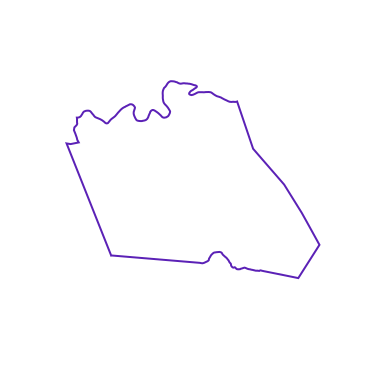 Beausejour, Vieux Fort, Saint Lucia, rotated 127°
{"feature_id": "8701671B75449277915828", "entity_name": "Beausejour", "entity_type": "district", "adm_level": 2, "iso_a3": "LCA", "parent_name": "Saint Lucia", "parent_adm1": "Vieux Fort", "projection": "robinson", "projection_center": [-60.956, 13.753], "detail": "fine", "context": "isolated", "style": "outline", "palette": "violet", "viewbox_px": 384, "rotation_deg": 127, "n_neighbors": 0, "source": "geoboundaries", "source_scale": "gbopen_adm2", "svg_char_len": 5777}
<svg xmlns="http://www.w3.org/2000/svg" viewBox="0 0 384 384"><g transform="rotate(127 192 192)"><path d="M228.7,321.4L291.4,218.3L291.2,218.2L243.8,143.0L243.5,142.3L243.2,141.7L242.7,140.9L242.5,140.6L242.2,140.4L241.6,139.9L241.2,139.7L240.8,139.4L240.1,139.1L239.0,138.5L238.6,138.3L237.9,137.9L237.1,137.7L236.4,137.6L235.8,137.9L234.9,138.3L233.8,138.4L232.7,138.5L231.4,138.7L230.4,138.7L229.3,138.5L228.6,138.4L228.3,138.3L227.7,138.2L227.3,138.0L226.8,137.6L226.4,137.3L226.0,136.8L225.6,136.5L224.8,135.6L223.7,134.4L223.4,134.1L223.1,133.5L222.9,133.0L222.7,132.3L222.7,131.9L222.8,131.3L222.9,131.1L223.1,130.7L223.3,130.3L223.4,130.1L223.4,129.9L223.5,129.4L223.6,129.1L223.6,128.3L223.7,127.8L223.7,127.3L223.8,126.7L223.8,126.2L223.8,125.8L223.8,125.3L223.9,125.0L223.9,124.5L224.0,124.1L224.1,123.7L224.3,123.1L224.5,122.3L224.6,121.7L224.8,121.3L225.0,120.9L225.5,119.9L225.6,119.6L225.7,119.2L225.8,118.4L225.9,118.0L226.1,117.6L226.5,117.2L226.8,116.9L227.0,116.7L227.3,116.2L227.5,115.8L227.6,115.5L227.7,115.1L227.7,114.7L227.7,114.3L227.7,114.1L227.6,113.9L227.6,113.6L227.4,113.3L227.3,113.2L227.1,113.0L226.7,112.8L226.5,112.7L226.4,112.5L226.3,112.1L226.4,111.5L226.5,111.1L226.6,110.5L226.6,110.2L226.6,109.8L226.5,109.6L226.4,109.3L226.2,109.1L226.0,108.7L225.9,108.5L225.7,108.3L225.3,107.9L224.9,107.3L224.6,107.1L224.2,107.0L223.9,106.8L223.4,106.4L222.9,106.0L222.5,105.8L221.9,105.3L221.1,104.8L220.8,104.5L220.7,104.3L220.5,103.7L220.4,103.5L220.3,103.0L220.1,102.1L220.0,101.8L219.9,101.3L219.7,100.9L219.4,100.1L219.2,99.8L219.0,99.4L218.8,99.0L218.6,98.7L218.5,98.2L218.4,98.0L218.3,97.8L218.1,97.4L217.7,96.6L217.5,96.2L217.4,95.8L217.2,95.5L217.0,95.0L216.9,94.7L216.7,94.2L216.5,93.8L216.2,93.3L215.9,93.0L215.8,92.9L215.4,92.3L215.4,92.2L215.1,91.7L214.8,91.3L214.7,91.1L214.4,90.7L214.2,90.7L213.9,90.5L213.5,90.3L213.3,90.0L213.1,89.6L212.9,89.0L212.7,88.5L212.4,87.9L212.1,87.2L202.9,68.1L199.7,61.4L196.8,55.3L157.5,58.4L147.6,80.5L142.6,91.8L130.6,122.9L123.7,155.2L120.7,169.2L92.6,210.4L92.8,210.5L93.7,211.3L94.2,211.9L94.5,212.4L95.0,213.1L95.1,213.4L96.1,214.4L96.3,214.7L96.8,215.4L97.3,216.3L97.4,216.7L97.7,217.6L97.9,218.7L98.0,219.3L98.2,220.2L98.4,221.1L98.6,222.0L98.7,222.7L98.8,223.4L99.0,224.6L99.1,225.8L99.5,227.0L99.7,227.7L99.9,228.2L100.2,229.0L100.4,229.5L100.6,230.4L100.7,231.2L100.8,231.8L100.8,232.5L100.9,233.3L100.9,233.8L100.9,234.6L100.9,235.3L100.9,236.0L101.0,236.7L101.2,237.3L101.5,237.8L101.9,238.5L102.3,239.1L103.9,241.1L105.1,242.4L105.6,243.1L106.3,244.1L106.7,244.6L107.4,245.6L108.1,246.5L108.7,247.1L109.5,247.6L110.8,248.2L111.9,248.7L112.4,249.0L113.2,249.4L113.8,249.8L114.5,250.4L114.8,250.6L115.2,251.4L115.4,252.1L115.5,252.5L115.5,253.0L115.3,253.4L114.9,253.6L114.4,253.8L113.8,253.8L113.0,253.8L112.3,253.7L111.3,253.4L110.4,252.9L107.7,252.1L106.7,251.7L106.1,251.5L105.5,251.4L105.1,251.5L104.7,251.7L104.6,252.1L104.6,252.7L104.7,253.3L105.2,254.3L105.4,254.8L105.7,255.6L106.0,256.6L106.4,257.7L106.8,258.6L107.2,259.4L107.7,260.1L108.2,261.1L108.9,262.1L109.0,262.3L109.2,262.5L109.6,263.3L110.3,264.3L110.7,264.7L111.4,265.3L112.2,266.1L112.6,266.6L113.1,268.0L113.3,269.0L113.3,269.4L113.4,270.0L113.8,270.9L113.9,271.3L114.1,271.9L114.3,272.4L114.5,272.9L114.9,273.6L115.3,274.2L115.7,274.8L116.1,275.4L116.6,275.9L117.2,276.2L117.8,276.5L118.6,276.7L119.3,276.8L120.7,276.8L122.4,276.6L123.3,276.6L124.0,276.6L125.1,276.8L125.8,276.9L126.7,276.7L127.9,276.4L128.7,276.1L129.5,275.7L130.6,275.0L131.7,274.1L132.5,273.4L133.3,272.8L134.4,272.0L135.3,271.2L135.9,270.5L136.6,269.8L137.1,269.2L137.6,268.4L138.0,267.4L138.3,266.2L138.5,264.7L138.9,262.9L139.2,261.8L139.7,260.5L140.0,259.7L140.4,258.8L140.5,258.5L140.8,258.0L141.3,257.7L141.9,257.4L142.3,257.2L143.5,257.0L143.9,256.8L144.8,256.8L145.4,256.7L146.0,256.8L146.8,257.1L147.3,257.3L148.1,257.7L148.6,258.2L149.2,258.7L149.6,259.2L149.8,259.8L150.0,260.4L150.0,261.4L149.8,262.2L149.6,263.2L149.5,264.3L149.4,265.3L149.3,266.3L149.3,267.4L149.3,268.7L149.4,269.7L149.4,270.6L149.6,271.5L149.7,272.0L150.0,272.5L150.4,273.0L150.8,273.2L151.2,273.3L151.6,273.5L152.0,273.6L152.4,273.5L152.7,273.6L153.1,273.6L154.0,273.2L155.6,272.9L157.5,272.4L158.6,272.0L159.4,271.9L160.1,271.8L160.7,271.8L161.2,271.9L162.3,272.2L162.8,272.5L163.5,273.0L164.2,273.6L164.8,274.2L165.4,274.6L165.9,275.2L166.6,276.2L167.1,277.0L167.6,278.0L167.9,278.9L167.9,279.7L167.7,280.4L167.4,281.0L167.1,281.8L166.7,282.5L166.3,283.3L166.0,283.8L165.4,284.7L164.7,285.6L164.4,285.8L163.8,286.3L163.0,286.8L162.1,287.1L161.1,287.5L160.7,287.6L160.4,287.7L160.0,287.8L159.5,288.1L159.1,288.2L158.8,288.5L158.4,289.3L158.2,290.0L158.0,291.1L158.0,291.7L158.1,292.4L158.5,293.3L158.9,293.9L159.2,294.3L159.8,294.6L162.5,295.9L162.9,296.2L164.1,296.6L164.7,297.0L165.4,297.3L166.1,297.6L166.9,297.9L168.1,298.2L169.1,298.4L170.0,298.5L171.2,298.6L173.0,298.8L175.7,298.9L176.9,299.0L177.5,299.0L178.4,299.2L179.2,299.4L179.9,299.6L180.9,299.9L181.6,300.1L182.4,300.3L183.6,300.5L184.8,300.5L186.5,300.6L187.4,300.6L188.0,300.9L188.2,301.1L188.6,301.5L188.8,301.9L189.0,302.8L188.9,303.4L188.8,304.5L188.8,306.7L188.9,307.7L189.1,309.1L189.4,310.3L190.0,312.6L190.2,313.2L190.3,313.9L190.4,314.5L190.3,315.2L190.2,315.9L189.9,316.7L189.7,317.6L189.5,318.5L189.4,319.1L189.2,319.7L189.0,320.5L188.8,321.3L188.8,322.3L189.0,322.9L189.4,323.7L190.1,324.6L190.9,325.5L191.5,325.9L192.1,326.3L192.6,326.6L193.0,326.7L193.7,326.8L194.4,326.8L195.5,326.6L196.9,326.5L198.0,326.4L198.7,326.5L199.2,326.6L199.8,326.8L200.7,327.4L201.7,328.4L201.9,328.7L202.6,328.0L205.6,325.7L206.6,324.7L208.1,324.4L211.2,324.8L213.7,323.5L215.6,320.3L217.9,316.8L219.4,315.0L220.6,312.3L226.8,317.8L228.7,321.4Z" fill="none" stroke="#5b21b6" stroke-width="2"/></g></svg>